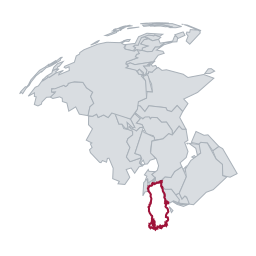 Asia, with Turkey highlighted, rotated 266°
{"feature_id": "TUR", "entity_name": "Turkey", "entity_type": "country or territory", "adm_level": 0, "iso_a3": "TUR", "parent_name": "Asia", "parent_adm1": "", "projection": "orthographic", "projection_center": [34.29, 38.962], "detail": "fine", "context": "in_parent", "style": "outline", "palette": "rose", "viewbox_px": 256, "rotation_deg": 266, "n_neighbors": 45, "source": "natural_earth", "source_scale": "50m", "svg_char_len": 16602}
<svg xmlns="http://www.w3.org/2000/svg" viewBox="0 0 256 256"><g transform="rotate(266 128 128)"><path d="M142.7,89.6L142.1,93.3L144.0,97.7L140.6,99.0L142.7,104.6L139.8,108.9L144.1,112.8L144.4,115.8L132.5,119.2L132.3,122.2L127.7,123.7L125.3,132.1L120.8,132.2L117.4,127.1L114.2,125.8L108.5,128.6L99.2,124.4L94.3,127.7L97.4,139.2L92.4,137.0L89.2,139.5L88.5,136.3L82.4,131.5L87.9,128.3L86.7,123.3L78.6,126.3L71.9,120.9L73.0,114.1L75.4,115.6L78.5,109.2L88.9,110.4L99.2,106.9L99.1,105.3L95.4,104.2L97.3,100.2L95.3,98.6L95.7,97.3L106.0,88.8L109.0,88.1L111.1,90.8L114.8,89.4L115.6,90.9L118.8,85.5L129.7,92.5L134.0,88.8L142.7,89.6Z" fill="#d9dde1" stroke="#a8b0b8" stroke-width="1"/><path d="M97.4,139.2L94.3,127.7L99.2,124.4L108.5,128.6L114.2,125.8L117.4,127.1L120.8,132.2L124.5,132.4L127.9,125.2L127.8,127.9L133.7,127.4L132.2,130.8L129.8,131.6L129.0,129.4L126.6,131.3L126.4,135.5L124.6,136.1L127.7,139.8L127.6,143.4L102.1,133.1L99.9,138.5L97.4,139.2Z" fill="#d9dde1" stroke="#a8b0b8" stroke-width="1"/><path d="M229.6,155.6L229.6,159.0L230.5,161.5L230.1,164.1L229.0,179.5L225.5,188.6L224.7,182.8L225.2,177.3L225.9,178.8L228.1,171.1L228.6,168.9L228.8,159.2L229.6,155.6ZM230.6,168.5L230.8,166.3L230.6,168.4L230.2,172.9L229.8,176.1L230.2,171.2L230.7,161.7L230.9,156.6L231.2,147.5L231.3,153.6L230.8,160.7L230.8,162.9L230.9,163.3L231.2,156.5L231.0,163.4L230.9,164.9L230.6,168.5ZM227.5,190.3L227.4,190.7L227.8,188.7L227.5,190.3ZM221.0,204.1L226.1,193.8L227.2,191.2L226.5,194.4L220.0,207.7L221.0,204.1ZM219.1,196.2L221.8,197.0L220.8,204.4L219.6,206.6L217.7,206.6L207.3,195.4L210.7,192.1L215.6,194.4L218.0,192.7L219.6,193.4L219.1,196.2Z" fill="#d9dde1" stroke="#a8b0b8" stroke-width="1"/><path d="M50.1,171.3L47.9,175.9L47.8,183.4L45.9,177.9L48.2,172.0L50.1,171.3Z" fill="#d9dde1" stroke="#a8b0b8" stroke-width="1"/><path d="M52.2,168.3L48.2,171.9L51.7,167.0L52.2,168.3Z" fill="#d9dde1" stroke="#a8b0b8" stroke-width="1"/><path d="M49.4,174.1L47.7,177.5L48.4,173.7L49.4,174.1Z" fill="#d9dde1" stroke="#a8b0b8" stroke-width="1"/><path d="M49.4,174.1L58.1,170.7L59.4,174.6L53.4,176.9L56.3,180.0L51.0,184.4L47.8,183.4L49.4,174.1Z" fill="#d9dde1" stroke="#a8b0b8" stroke-width="1"/><path d="M96.2,195.3L103.0,194.2L108.4,187.8L106.5,198.5L97.9,198.8L96.2,195.3Z" fill="#d9dde1" stroke="#a8b0b8" stroke-width="1"/><path d="M93.8,194.1L93.4,191.9L94.6,189.6L95.9,192.2L93.8,194.1Z" fill="#d9dde1" stroke="#a8b0b8" stroke-width="1"/><path d="M82.1,179.1L85.7,183.4L80.4,182.4L82.1,179.1Z" fill="#d9dde1" stroke="#a8b0b8" stroke-width="1"/><path d="M59.4,174.6L58.1,170.7L63.8,167.0L64.2,160.7L67.7,157.1L72.8,157.2L76.7,161.6L75.6,167.3L81.3,171.4L85.6,179.0L75.2,182.8L59.4,174.6Z" fill="#d9dde1" stroke="#a8b0b8" stroke-width="1"/><path d="M107.0,197.8L109.2,190.2L119.8,195.6L115.4,203.4L115.6,207.3L103.2,217.4L99.3,211.0L107.5,206.1L108.6,199.6L107.0,197.8ZM108.7,185.8L107.7,186.9L108.3,185.6L108.7,185.8Z" fill="#d9dde1" stroke="#a8b0b8" stroke-width="1"/><path d="M214.3,164.7L213.3,158.6L216.8,153.8L216.7,151.2L218.6,151.8L219.3,155.1L218.2,160.3L219.0,161.0L216.2,167.0L214.3,164.7Z" fill="#d9dde1" stroke="#a8b0b8" stroke-width="1"/><path d="M215.7,154.3L213.3,158.6L214.3,164.7L210.4,166.0L211.6,178.6L216.6,181.0L215.5,184.2L210.6,182.8L210.7,170.9L206.6,164.9L206.8,160.8L202.7,157.4L202.7,152.5L204.4,147.4L206.8,147.9L208.4,153.4L210.1,147.5L212.6,147.1L215.1,150.3L215.7,154.3Z" fill="#d9dde1" stroke="#a8b0b8" stroke-width="1"/><path d="M217.8,150.5L215.7,154.3L215.1,150.3L211.0,146.3L208.4,153.4L206.8,147.9L204.4,147.4L205.6,142.5L204.2,139.7L207.6,141.1L208.9,138.9L210.3,140.5L209.9,143.8L216.4,146.2L217.8,150.5Z" fill="#d9dde1" stroke="#a8b0b8" stroke-width="1"/><path d="M204.4,147.4L202.7,152.5L202.7,157.4L206.8,160.8L206.6,164.9L210.7,170.9L210.4,178.0L208.5,169.6L203.7,161.8L202.1,168.2L200.0,169.3L198.5,163.2L192.2,157.7L190.7,139.3L192.8,134.7L191.4,131.3L194.2,131.1L197.3,142.4L198.5,140.2L200.9,141.7L201.5,144.4L204.1,141.9L204.4,147.4Z" fill="#d9dde1" stroke="#a8b0b8" stroke-width="1"/><path d="M217.2,165.9L219.0,161.0L218.2,160.3L219.3,155.1L217.2,147.6L209.9,143.8L210.3,140.5L208.9,138.9L207.6,141.1L204.6,138.5L206.9,130.6L211.4,130.4L211.9,141.1L218.3,144.9L221.2,153.5L219.1,169.2L217.2,165.9Z" fill="#d9dde1" stroke="#a8b0b8" stroke-width="1"/><path d="M182.0,46.3L185.4,50.4L188.2,55.8L190.9,57.3L191.8,63.4L189.2,59.8L188.1,60.5L186.7,58.0L183.9,53.0L184.5,51.6L183.4,50.9L180.9,46.3L182.0,46.3Z" fill="#d9dde1" stroke="#a8b0b8" stroke-width="1"/><path d="M192.4,61.7L190.4,56.6L193.8,58.3L197.1,62.2L198.8,67.9L194.4,63.8L194.0,62.3L192.4,61.7Z" fill="#d9dde1" stroke="#a8b0b8" stroke-width="1"/><path d="M143.1,89.0L145.2,80.4L152.7,77.3L148.9,70.1L157.2,68.8L159.0,64.4L162.3,64.5L163.8,62.0L162.7,55.0L164.3,52.7L169.2,58.0L169.1,54.2L171.8,53.8L175.1,67.0L173.7,68.6L174.9,70.7L176.7,71.5L177.8,75.4L176.7,86.2L171.0,89.4L166.2,95.3L162.1,92.9L154.9,95.6L151.8,91.5L143.1,89.0Z" fill="#d9dde1" stroke="#a8b0b8" stroke-width="1"/><path d="M191.4,131.3L192.8,134.7L190.7,139.3L192.2,155.5L189.7,152.0L189.7,154.5L188.3,153.9L188.6,148.0L184.3,151.0L180.7,149.7L180.8,152.1L182.7,152.5L182.0,155.9L183.4,155.7L186.3,162.4L183.1,165.9L183.4,170.4L177.8,186.8L174.2,191.3L176.1,207.3L171.7,217.1L158.7,200.0L153.0,185.6L148.2,189.5L140.6,183.7L147.0,178.6L141.3,172.6L142.9,168.3L145.6,167.2L148.7,150.4L143.2,146.0L149.1,141.6L149.9,138.1L153.5,140.2L156.6,148.6L162.8,149.5L162.4,154.8L170.2,154.6L179.8,150.6L179.0,144.9L180.3,147.5L182.3,147.2L185.8,143.4L184.1,141.4L188.2,130.0L189.8,132.6L191.4,131.3Z" fill="#d9dde1" stroke="#a8b0b8" stroke-width="1"/><path d="M189.7,152.0L193.1,159.8L189.5,155.5L187.9,156.9L188.5,159.9L186.2,161.2L182.0,155.9L182.7,152.5L180.8,152.1L180.7,149.7L184.3,151.0L188.6,148.0L188.3,153.9L189.7,154.5L189.7,152.0Z" fill="#d9dde1" stroke="#a8b0b8" stroke-width="1"/><path d="M184.1,141.4L185.8,143.4L180.3,147.5L180.8,142.5L184.1,141.4Z" fill="#d9dde1" stroke="#a8b0b8" stroke-width="1"/><path d="M178.2,146.4L179.8,150.6L178.4,151.8L162.4,154.8L163.3,148.2L173.8,148.8L178.2,146.4Z" fill="#d9dde1" stroke="#a8b0b8" stroke-width="1"/><path d="M149.9,138.1L149.1,141.6L143.2,146.0L148.7,150.4L145.6,167.2L142.9,168.3L141.3,172.6L147.0,178.6L140.6,183.7L134.9,180.3L122.7,185.8L122.9,181.9L126.3,179.1L117.9,171.7L122.5,171.9L131.2,166.8L131.4,161.9L136.3,157.8L136.8,141.5L142.6,136.2L146.2,138.7L149.9,138.1Z" fill="#d9dde1" stroke="#a8b0b8" stroke-width="1"/><path d="M120.9,146.1L130.5,142.1L132.3,136.6L136.5,140.8L138.4,137.1L142.6,136.2L136.0,143.4L137.8,145.8L137.6,150.0L135.5,150.9L137.0,152.5L136.3,157.8L131.4,161.9L131.2,166.8L122.5,171.9L117.9,171.7L119.5,168.2L114.7,162.2L114.1,153.4L118.5,152.8L120.9,146.1Z" fill="#d9dde1" stroke="#a8b0b8" stroke-width="1"/><path d="M127.6,143.4L127.7,139.8L124.6,136.1L129.0,129.4L130.5,131.2L128.3,134.7L136.8,131.0L141.9,135.6L136.5,140.8L132.3,136.6L130.5,142.1L127.6,143.4Z" fill="#d9dde1" stroke="#a8b0b8" stroke-width="1"/><path d="M127.9,125.2L132.3,122.2L132.5,119.2L144.4,115.8L136.8,131.0L128.3,134.7L127.8,132.9L133.7,127.4L127.8,127.9L127.9,125.2Z" fill="#d9dde1" stroke="#a8b0b8" stroke-width="1"/><path d="M89.2,139.5L92.4,137.0L96.3,139.6L99.9,138.5L102.1,133.1L123.9,142.0L124.5,143.9L122.5,143.6L116.9,153.8L114.1,153.4L113.2,150.9L103.1,148.7L95.6,153.3L94.3,147.8L90.8,144.9L90.7,142.2L94.9,141.0L91.7,137.8L90.3,141.4L89.2,139.5Z" fill="#d9dde1" stroke="#a8b0b8" stroke-width="1"/><path d="M85.6,179.0L81.3,171.4L75.6,167.3L76.7,161.6L71.2,154.8L70.4,150.2L75.7,151.8L80.0,148.4L83.8,154.3L88.2,155.9L95.5,154.1L101.4,148.8L113.2,150.9L114.7,162.2L119.5,168.2L117.9,171.7L126.3,179.1L122.9,181.9L122.7,185.8L111.5,186.9L109.7,183.5L100.4,186.2L94.5,184.0L89.7,177.6L85.6,179.0Z" fill="#d9dde1" stroke="#a8b0b8" stroke-width="1"/><path d="M49.9,173.1L52.2,168.3L50.2,164.4L52.3,159.8L66.7,157.7L64.2,160.7L63.8,167.0L52.9,174.3L49.9,173.1Z" fill="#d9dde1" stroke="#a8b0b8" stroke-width="1"/><path d="M76.5,151.5L69.0,147.6L68.5,144.9L73.4,145.3L76.5,151.5Z" fill="#d9dde1" stroke="#a8b0b8" stroke-width="1"/><path d="M181.4,212.2L181.4,215.2L178.7,218.4L176.6,213.4L177.0,208.4L181.4,212.2Z" fill="#d9dde1" stroke="#a8b0b8" stroke-width="1"/><path d="M216.2,136.3L214.3,134.9L215.2,129.1L216.3,133.4L216.2,136.3ZM136.8,131.0L144.1,112.8L139.8,108.9L142.7,104.6L140.6,99.0L144.0,97.7L142.1,93.3L143.1,89.0L151.8,91.5L154.9,95.6L162.1,92.9L166.2,95.3L171.0,89.4L176.7,86.2L177.9,77.9L176.7,71.5L174.9,70.7L173.7,68.6L175.1,67.0L172.2,57.7L172.7,54.6L169.1,54.2L168.2,57.6L164.3,52.7L164.3,48.9L159.9,43.9L157.8,43.3L156.3,39.7L158.0,36.2L165.5,38.6L166.0,36.8L169.6,37.1L166.7,30.7L175.1,38.3L176.2,41.5L182.0,46.3L180.9,46.3L183.4,50.9L184.5,51.6L183.9,53.0L188.1,60.5L190.0,67.6L186.9,62.8L185.8,62.6L189.5,73.5L193.2,73.4L192.0,70.1L193.0,68.5L194.0,69.3L197.3,79.1L203.5,81.4L205.1,84.8L206.6,85.2L209.1,89.5L213.7,103.5L215.0,112.9L213.7,125.7L214.7,129.0L214.3,130.2L213.1,127.4L210.3,131.5L208.8,129.6L206.9,130.6L204.2,139.7L205.6,142.5L201.5,144.4L200.9,141.7L198.5,140.2L197.3,142.4L194.2,131.1L192.1,130.2L189.8,132.6L188.2,130.0L185.2,139.8L180.8,142.5L180.1,147.0L179.0,144.9L173.8,148.8L156.6,148.6L153.5,140.2L146.2,138.7L136.8,131.0Z" fill="#d9dde1" stroke="#a8b0b8" stroke-width="1"/><path d="M213.3,96.5L216.6,103.0L217.5,105.7L215.4,103.2L213.3,96.5Z" fill="#d9dde1" stroke="#a8b0b8" stroke-width="1"/><path d="M74.9,141.7L78.6,143.5L80.1,141.1L85.2,145.3L83.3,145.9L82.6,152.1L80.0,148.4L76.5,151.5L73.9,148.2L71.8,144.1L75.5,144.2L74.9,141.7ZM75.7,151.8L73.9,151.5L72.0,149.0L74.4,149.5L75.7,151.8Z" fill="#d9dde1" stroke="#a8b0b8" stroke-width="1"/><path d="M59.3,138.1L72.5,139.9L75.8,143.8L63.5,144.0L63.0,140.4L59.3,138.1Z" fill="#d9dde1" stroke="#a8b0b8" stroke-width="1"/><path d="M226.8,128.5L225.8,127.3L226.3,125.9L226.8,128.5ZM228.9,133.0L227.9,128.5L228.3,129.2L227.7,125.3L228.9,133.0ZM228.6,126.3L229.7,130.4L230.1,133.4L229.7,131.6L229.9,133.8L230.4,136.7L230.2,137.7L229.5,134.7L229.7,139.7L229.1,132.8L229.0,128.1L228.6,126.3ZM227.6,135.8L227.9,146.3L227.0,134.1L227.6,135.8ZM221.9,111.7L225.3,122.4L225.9,119.3L226.9,122.1L226.1,121.9L225.5,125.7L225.1,123.3L224.1,123.3L221.4,114.1L221.9,111.7ZM228.1,131.4L227.1,128.1L227.5,126.4L228.1,131.4ZM227.1,120.2L227.8,122.4L227.7,123.3L228.4,126.6L226.8,121.7L227.1,120.2Z" fill="#d9dde1" stroke="#a8b0b8" stroke-width="1"/><path d="M213.9,184.2L217.8,181.3L220.0,189.7L216.5,191.3L213.9,184.2ZM229.6,155.6L228.8,159.2L228.6,168.9L225.9,178.8L225.4,178.7L225.2,177.3L226.3,174.8L226.4,172.2L227.4,168.0L227.8,161.9L228.5,160.2L228.3,150.8L229.7,149.7L229.6,155.6Z" fill="#d9dde1" stroke="#a8b0b8" stroke-width="1"/><path d="M228.2,157.1L228.5,160.2L228.2,162.4L227.8,161.9L228.2,157.1Z" fill="#d9dde1" stroke="#a8b0b8" stroke-width="1"/><path d="M182.9,34.6L191.7,43.8L194.6,49.7L197.5,54.1L195.8,53.2L198.8,61.4L199.7,61.1L202.9,65.6L203.3,67.6L201.7,65.4L200.2,65.2L195.4,55.7L193.8,50.5L189.9,45.7L190.4,45.5L186.5,39.9L180.0,33.9L178.9,32.1L182.9,34.6ZM171.1,23.8L169.6,22.3L171.7,23.5L176.3,28.5L176.0,29.8L178.7,32.2L179.5,33.8L177.5,32.5L174.7,29.1L169.6,25.3L171.1,23.8ZM199.0,59.9L196.8,55.6L197.4,55.2L200.1,60.3L199.0,59.9Z" fill="#d9dde1" stroke="#a8b0b8" stroke-width="1"/><path d="M99.3,211.0L103.2,217.4L100.8,221.0L74.9,233.7L71.8,226.4L73.9,219.1L85.0,219.7L90.9,213.7L99.3,211.0Z" fill="#d9dde1" stroke="#a8b0b8" stroke-width="1"/><path d="M47.8,183.9L55.0,181.7L56.3,180.0L53.4,176.9L59.4,174.6L75.2,182.8L82.9,182.3L91.2,188.4L97.9,198.8L107.0,197.8L108.6,199.6L107.5,206.1L90.9,213.7L85.0,219.7L73.9,219.1L72.2,223.0L60.6,208.8L58.4,201.5L46.9,188.0L47.8,183.9Z" fill="#d9dde1" stroke="#a8b0b8" stroke-width="1"/><path d="M46.7,163.6L42.5,167.1L40.6,165.4L46.7,163.6Z" fill="#d9dde1" stroke="#a8b0b8" stroke-width="1"/><path d="M63.4,144.0L63.9,144.1L64.1,144.2L64.4,144.0L65.1,144.0L65.7,144.1L65.8,144.0L65.9,143.7L66.0,143.6L66.4,143.6L66.5,143.6L66.6,143.8L66.8,143.9L67.2,144.2L67.4,144.4L67.5,144.4L67.4,144.5L67.6,144.7L67.8,144.7L68.0,144.7L68.1,144.8L68.2,145.1L68.4,145.2L68.6,145.3L68.9,145.9L69.0,146.1L69.0,146.3L68.9,146.6L68.7,146.9L68.8,147.2L68.8,147.3L69.0,147.7L69.1,147.9L69.1,148.0L69.4,148.2L69.8,148.3L70.3,148.2L70.6,148.1L70.9,148.2L71.3,148.6L71.8,149.0L72.0,149.2L71.4,148.9L71.3,149.1L71.1,149.3L71.1,150.1L70.9,150.2L70.4,150.2L70.2,150.3L70.3,150.5L70.4,150.8L70.5,150.9L70.6,151.0L70.7,151.3L70.6,151.5L70.9,151.9L71.0,152.0L71.0,152.4L71.1,152.6L71.2,152.9L71.2,153.3L71.3,153.5L71.6,153.5L71.5,153.8L71.4,154.2L71.4,154.3L71.3,154.6L71.2,154.8L71.2,155.0L71.5,155.1L72.1,155.4L72.2,155.5L72.1,155.8L72.2,156.0L72.2,156.4L72.6,156.6L72.8,156.8L72.8,157.1L72.8,157.3L72.7,157.2L72.4,157.3L71.9,157.7L71.7,158.0L71.5,157.9L71.4,157.8L71.4,157.3L71.3,157.1L71.2,157.0L70.9,157.0L70.7,157.1L70.4,157.3L70.0,157.3L69.6,157.3L69.1,157.2L68.5,157.0L68.1,157.2L67.9,157.2L67.7,157.1L67.4,157.5L67.0,158.0L66.7,158.1L66.6,157.7L66.4,157.5L66.2,157.5L65.9,157.8L65.5,158.0L64.6,158.3L63.9,158.4L63.1,158.3L62.8,158.4L62.5,158.4L61.8,158.8L60.8,159.4L59.9,159.8L59.1,160.0L58.5,160.0L57.9,160.0L57.6,160.0L57.4,160.0L57.1,159.7L56.7,159.5L56.3,159.4L56.1,159.4L55.3,159.8L54.9,160.0L54.1,160.3L53.5,160.3L53.2,160.3L53.0,160.2L52.8,160.0L52.4,159.9L52.1,159.9L52.0,160.0L51.8,161.0L52.1,161.6L51.7,161.8L51.4,161.9L51.4,162.5L51.1,162.6L50.9,163.0L50.4,162.8L50.2,162.8L50.3,162.5L49.9,161.5L50.1,161.2L50.5,160.8L50.9,160.4L50.9,159.9L50.7,159.8L50.5,159.6L50.1,159.8L49.9,160.0L49.7,160.1L49.4,160.4L49.2,160.6L48.8,160.7L48.3,160.5L47.7,160.2L47.3,160.0L47.0,159.9L46.8,160.0L46.0,160.6L45.3,161.5L45.1,161.6L44.4,162.0L44.0,162.1L43.8,162.0L42.9,162.2L42.4,162.2L42.1,162.4L41.4,162.2L41.0,161.9L40.7,161.6L40.4,161.0L40.1,160.7L39.5,160.5L38.4,159.8L38.1,159.8L37.3,159.7L36.5,159.6L36.4,159.8L36.3,160.7L36.1,160.9L36.1,161.3L36.0,161.5L35.8,161.5L35.6,161.4L35.4,161.3L35.0,161.5L34.2,161.7L33.1,161.4L32.8,161.1L32.6,160.9L32.5,160.5L32.4,160.3L32.4,159.9L32.2,159.8L32.0,160.0L31.8,159.9L31.5,159.8L31.0,159.5L30.5,159.4L30.2,159.8L29.7,159.9L29.9,159.6L29.2,159.6L28.8,159.7L28.5,159.7L28.3,159.6L28.6,159.5L28.8,159.4L29.5,159.4L30.0,159.0L30.3,158.8L30.4,158.7L28.9,158.7L28.1,158.6L27.9,158.7L27.9,158.4L28.0,158.2L28.6,158.1L28.6,157.9L28.3,157.7L28.2,157.5L27.8,157.4L27.8,157.0L27.7,156.7L27.6,156.4L27.9,156.3L28.1,155.8L28.0,155.5L27.8,155.4L27.3,155.1L27.1,155.1L27.0,154.9L26.7,154.6L26.4,154.8L26.3,154.7L26.1,154.5L25.8,154.4L25.7,154.3L25.9,154.0L26.1,154.0L26.1,153.8L26.0,153.4L26.0,153.2L26.4,153.2L26.5,153.5L26.5,153.9L26.6,154.1L26.8,154.0L26.9,153.9L27.0,154.0L27.8,154.0L27.9,153.9L27.5,153.9L27.3,153.8L27.2,153.5L27.1,153.3L27.0,153.0L27.1,152.9L27.4,152.8L27.7,152.5L27.6,152.4L27.3,152.3L27.2,152.2L27.3,151.9L27.4,151.7L27.0,151.1L27.3,150.7L27.6,150.4L27.4,150.3L26.6,150.3L26.2,150.4L25.6,150.4L25.6,150.1L25.8,149.8L25.8,149.1L25.9,148.8L26.3,148.7L26.7,148.2L27.4,147.6L28.1,147.6L28.4,147.5L28.8,147.5L28.9,147.8L29.2,148.0L29.8,148.0L30.1,147.8L29.9,147.5L30.0,147.4L30.5,147.5L30.4,147.7L30.3,147.8L31.2,147.8L32.0,148.0L32.3,147.9L33.0,148.0L33.1,147.9L32.9,147.7L32.7,147.7L32.9,147.2L33.1,147.2L34.3,147.0L35.1,147.0L35.1,146.9L33.9,146.7L33.7,146.5L33.3,146.2L33.2,146.0L33.3,145.5L33.5,145.3L33.9,145.3L35.3,145.6L36.4,145.5L37.5,146.0L38.6,145.9L38.8,145.8L39.1,145.2L40.6,144.4L41.2,144.0L41.8,143.7L42.7,143.5L43.6,143.1L43.8,143.1L45.7,143.3L47.1,143.3L47.7,142.9L48.0,143.1L48.0,143.3L48.0,143.5L48.2,143.8L48.4,144.0L49.0,144.3L49.9,144.0L50.2,144.1L50.6,145.0L50.8,145.2L51.1,145.4L51.4,145.5L51.5,145.3L51.7,145.2L52.0,145.1L52.5,145.4L52.7,145.7L53.6,145.9L54.4,146.0L54.8,146.2L56.0,146.4L56.4,146.3L57.1,146.1L58.5,145.7L59.4,146.0L59.7,146.1L59.9,146.0L60.2,146.1L60.5,146.0L61.5,145.5L61.8,145.2L62.2,145.1L62.4,144.9L63.2,144.3L63.4,144.0ZM30.9,142.7L30.8,143.1L30.9,143.5L31.3,144.1L31.6,144.4L33.0,145.2L33.3,145.3L33.2,145.6L33.1,145.8L33.0,146.0L32.5,146.1L31.4,145.7L31.1,145.6L30.9,145.7L30.5,145.9L30.0,145.8L29.4,145.9L29.2,146.3L28.8,146.7L28.0,147.1L27.5,147.2L26.7,147.9L26.3,148.4L26.0,148.5L26.1,148.3L26.2,148.1L26.2,147.9L26.2,147.7L26.5,147.5L26.7,147.4L27.4,147.1L27.6,146.8L27.1,146.8L26.6,146.8L26.2,146.7L25.9,146.7L25.8,146.4L26.0,146.3L26.2,146.1L26.6,145.7L26.7,145.4L26.6,145.2L26.7,144.8L27.2,144.5L27.4,144.5L27.4,144.3L27.4,143.9L27.4,143.7L27.2,143.5L27.0,143.3L26.8,143.2L27.3,142.9L27.5,142.5L28.0,142.5L28.4,142.4L28.5,142.3L29.0,142.2L29.2,142.3L29.6,142.7L29.8,142.8L30.1,142.7L30.4,142.7L30.5,142.7L30.9,142.7ZM25.5,148.2L24.9,148.3L24.7,148.2L24.9,148.0L25.3,147.9L25.5,148.1L25.5,148.2Z" fill="none" stroke="#9f1239" stroke-width="2"/></g></svg>